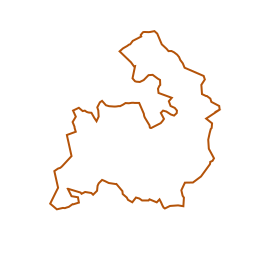 outline of Pankshin, Plateau, Nigeria, rotated 256°
{"feature_id": "59680162B11957186029310", "entity_name": "Pankshin", "entity_type": "district", "adm_level": 2, "iso_a3": "NGA", "parent_name": "Nigeria", "parent_adm1": "Plateau", "projection": "albers", "projection_center": [9.454, 9.312], "detail": "fine", "context": "isolated", "style": "outline", "palette": "amber", "viewbox_px": 256, "rotation_deg": 256, "n_neighbors": 0, "source": "geoboundaries", "source_scale": "gbopen_adm2", "svg_char_len": 2296}
<svg xmlns="http://www.w3.org/2000/svg" viewBox="0 0 256 256"><g transform="rotate(256 128 128)"><path d="M73.4,34.2L66.3,39.3L66.2,45.5L65.5,47.4L65.7,49.2L65.8,51.5L67.5,55.8L67.2,56.3L67.5,62.3L72.9,62.7L75.5,56.7L83.6,54.9L83.6,55.0L76.8,66.4L75.4,67.0L76.3,70.9L73.8,76.7L71.7,78.0L74.6,82.8L79.3,84.5L81.4,86.2L83.9,90.3L82.2,92.6L79.3,96.0L76.5,102.7L76.5,103.2L68.1,107.3L65.2,106.9L60.8,110.0L58.3,110.6L54.9,114.2L58.6,118.9L56.8,122.0L54.3,124.1L52.7,130.4L53.6,131.6L48.9,137.9L51.1,141.3L47.8,142.1L44.3,142.7L43.1,143.1L42.3,143.2L41.0,144.3L42.2,149.9L40.8,157.9L38.7,162.8L46.9,165.4L49.1,164.6L54.7,164.7L61.2,170.0L59.4,177.8L63.3,187.1L73.0,198.7L74.7,199.5L75.2,199.6L75.7,202.1L77.8,204.1L88.3,201.4L97.2,203.0L103.3,206.0L106.9,208.0L107.8,209.2L112.2,210.7L118.2,206.1L123.0,219.6L123.1,219.2L123.7,221.4L127.3,221.8L133.2,215.2L136.6,215.0L140.0,212.2L140.1,211.5L143.0,208.0L152.1,209.6L156.5,214.3L160.2,214.0L172.8,197.5L177.5,196.8L181.3,195.2L184.5,194.7L187.3,193.4L190.3,191.0L192.2,188.8L192.8,185.9L195.5,184.6L201.0,181.0L212.5,179.2L215.6,177.1L215.8,172.8L216.0,171.3L217.3,166.8L217.3,165.8L216.5,164.6L215.1,162.8L213.6,163.0L211.4,153.7L208.7,150.4L208.6,148.9L207.9,147.4L206.5,142.5L204.4,138.4L190.4,147.2L190.8,146.9L186.3,148.7L186.3,149.8L175.1,144.4L171.7,146.1L170.9,147.4L169.8,150.6L170.7,154.8L174.3,160.7L173.6,164.8L168.5,169.0L166.9,170.7L162.0,169.7L161.3,168.6L158.8,166.6L154.6,166.1L146.7,177.8L144.1,174.1L139.1,174.6L136.2,178.2L133.1,179.7L130.7,178.9L128.9,175.7L130.7,172.9L134.7,169.2L136.4,166.2L134.7,163.5L128.1,165.1L126.5,163.3L124.8,160.9L122.4,150.6L122.7,149.6L123.4,149.3L125.4,149.5L134.2,146.8L136.0,146.6L138.0,146.8L149.6,144.9L150.7,140.5L151.1,139.5L151.5,138.0L151.8,134.8L152.8,131.6L151.9,129.0L151.1,125.6L151.5,124.2L151.7,121.9L152.1,119.9L152.7,118.1L153.7,115.0L155.4,112.1L160.6,109.4L159.7,106.9L159.2,106.5L155.5,103.2L152.2,103.4L146.2,102.3L142.2,99.1L145.8,97.8L151.6,96.2L152.6,93.4L153.6,91.8L155.3,90.3L155.4,88.1L159.5,85.2L158.2,78.9L151.6,80.1L147.2,75.7L142.2,76.4L140.9,76.2L137.0,76.4L136.0,67.0L133.0,66.9L128.7,66.8L114.4,66.4L107.0,55.1L106.3,53.9L105.7,52.5L105.6,50.4L104.8,48.2L104.6,47.7L104.0,46.1L86.9,45.7L83.1,42.4L73.4,34.2Z" fill="none" stroke="#b45309" stroke-width="2"/></g></svg>